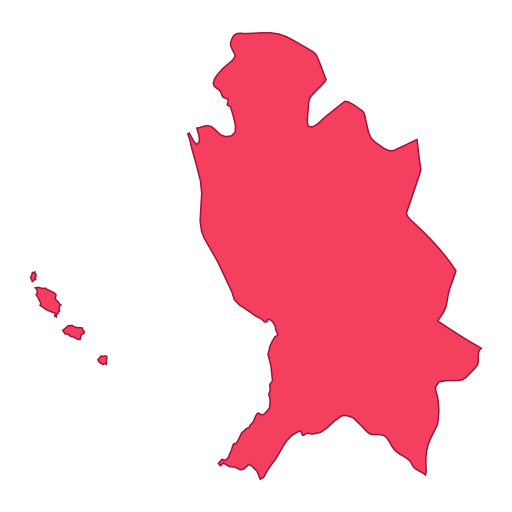 outline of Nayarit
{"feature_id": "MEX-2721", "entity_name": "Nayarit", "entity_type": "State", "adm_level": 1, "iso_a3": "MEX", "parent_name": "Mexico", "parent_adm1": "", "projection": "robinson", "projection_center": [-105.251, 21.861], "detail": "fine", "context": "isolated", "style": "filled", "palette": "rose", "viewbox_px": 512, "rotation_deg": 0, "n_neighbors": 0, "source": "natural_earth", "source_scale": "10m", "svg_char_len": 5104}
<svg xmlns="http://www.w3.org/2000/svg" viewBox="0 0 512 512"><path d="M260.2,479.2L257.0,471.2L251.8,466.0L248.5,464.5L247.2,466.0L244.1,468.9L240.4,469.9L235.3,467.2L229.3,466.6L223.5,463.0L220.4,465.7L218.4,463.5L220.0,461.5L221.9,459.4L223.4,459.7L225.1,460.3L228.0,458.1L229.8,453.6L231.3,450.8L232.4,446.8L233.1,444.7L234.2,443.5L235.7,443.9L238.1,440.4L241.6,432.9L247.0,428.2L249.1,427.5L250.3,425.0L253.0,422.2L254.5,418.9L255.6,416.2L257.1,413.6L258.9,413.0L260.1,414.4L262.0,414.5L263.5,414.7L266.9,411.2L269.5,407.9L270.1,402.3L269.7,397.3L268.7,394.6L270.2,390.0L269.7,384.7L272.5,380.7L270.9,365.6L268.0,354.5L270.1,345.7L271.9,342.1L274.6,337.0L277.6,335.4L277.3,333.4L275.8,329.8L275.1,325.9L273.8,323.5L272.2,321.3L270.2,319.8L267.9,319.4L266.9,321.8L264.7,322.0L261.8,319.2L255.5,315.9L243.7,307.6L240.0,305.4L234.3,299.7L231.9,292.0L217.8,261.9L204.2,238.1L201.5,231.1L200.1,220.7L201.7,193.5L200.5,181.0L196.1,163.9L192.1,149.7L189.8,139.9L187.8,134.0L189.2,133.0L191.0,136.2L193.7,141.4L196.6,144.5L199.2,141.9L199.4,138.6L198.8,135.0L197.8,131.4L196.8,128.1L200.4,127.4L203.9,126.2L207.3,125.6L210.9,126.4L213.6,128.2L215.9,130.4L218.2,132.7L220.6,134.8L225.9,136.7L231.5,135.8L235.3,132.0L235.4,125.3L234.4,120.7L233.2,115.8L231.8,111.0L230.4,106.7L229.8,106.1L228.8,105.8L227.8,105.4L227.2,104.8L227.3,103.7L227.8,102.3L228.2,100.8L228.1,99.8L226.6,98.5L224.8,98.0L223.1,97.2L221.9,95.4L221.0,92.7L220.2,91.1L219.1,90.0L217.3,88.6L215.9,87.7L214.7,86.6L213.8,85.3L213.3,83.5L214.2,79.6L216.8,75.5L220.0,71.7L222.6,68.8L225.2,66.4L228.4,63.8L231.5,61.2L233.8,58.6L235.0,56.2L234.9,54.4L233.9,52.7L232.6,50.2L231.2,47.0L230.5,44.9L230.7,42.6L231.8,39.0L233.8,35.4L236.6,33.7L240.1,33.2L244.2,33.6L252.6,33.3L261.5,32.8L270.2,32.8L278.5,33.9L286.3,36.6L294.2,40.8L302.0,45.4L309.3,49.5L312.8,51.6L315.1,53.5L316.8,55.9L318.4,59.7L320.4,64.7L322.3,69.7L324.2,74.7L326.1,79.7L324.7,82.0L321.0,86.0L316.9,90.0L314.6,92.4L311.5,95.7L309.7,98.4L308.8,101.6L308.4,106.4L308.0,111.0L307.5,117.1L307.4,122.8L308.4,126.5L312.7,126.9L317.3,124.1L321.7,120.2L325.2,116.9L330.1,113.0L335.0,109.1L339.9,105.2L344.8,101.3L348.2,101.8L353.5,104.7L358.8,108.4L362.3,110.9L363.7,112.6L364.6,114.9L365.2,117.5L365.7,119.9L367.2,126.5L368.7,132.8L371.2,138.3L375.5,142.5L379.6,145.3L384.3,148.6L389.2,150.8L393.6,150.6L399.4,147.8L405.3,145.1L411.1,142.3L416.9,139.5L417.9,146.9L418.8,154.4L419.7,161.8L420.8,169.1L420.4,171.7L419.6,174.3L418.7,176.9L417.8,179.5L415.7,185.8L413.6,192.0L411.5,198.3L409.4,204.6L407.4,209.9L406.5,213.5L407.5,216.4L410.9,220.2L417.5,226.3L424.0,232.5L430.3,238.9L436.5,245.6L441.7,251.6L446.6,257.7L451.3,264.0L455.9,270.6L455.2,273.2L453.4,278.6L451.3,284.2L450.0,287.8L449.2,290.8L448.4,293.8L447.8,296.8L447.3,300.0L446.1,306.2L444.1,311.3L441.2,316.0L437.6,320.9L448.4,328.1L459.3,335.1L470.2,341.8L480.1,347.6L481.3,348.3L479.3,350.2L478.4,353.6L478.4,361.7L477.4,365.0L475.1,368.1L465.7,377.7L462.5,379.7L458.7,380.5L445.9,380.7L440.1,381.7L439.1,381.8L436.9,385.0L435.4,387.3L435.8,390.7L437.1,395.3L437.8,398.6L438.3,402.3L438.6,406.1L438.8,409.6L438.8,410.3L438.8,411.1L438.8,411.8L438.7,412.6L438.4,416.6L438.1,420.7L437.4,424.7L435.7,428.2L434.8,429.9L434.0,431.7L433.1,433.5L432.2,435.2L429.7,440.6L427.8,445.7L426.6,451.2L425.9,457.5L425.9,460.5L425.9,463.6L426.0,466.6L426.1,469.6L426.2,471.0L426.1,472.3L425.8,473.6L425.5,474.9L422.1,472.6L418.0,470.4L414.4,468.0L412.4,465.2L410.3,461.3L407.0,458.4L403.3,456.1L399.7,454.1L396.4,451.6L393.8,449.0L391.7,446.0L389.6,442.1L386.4,437.2L383.0,435.1L378.9,434.6L374.0,434.7L370.3,434.1L367.3,432.1L364.6,429.3L362.0,426.3L360.5,425.1L359.2,423.7L357.9,422.4L356.6,421.0L354.3,418.9L352.7,417.6L350.8,416.8L347.7,415.9L346.1,415.6L344.5,415.5L342.9,415.7L341.3,416.1L334.3,421.2L327.6,427.4L320.4,432.5L312.2,434.1L310.7,433.8L309.0,433.5L307.3,433.3L305.9,433.7L305.1,434.3L304.3,434.9L303.5,435.3L302.5,435.2L301.9,434.2L301.6,432.6L300.7,431.4L298.5,431.5L292.4,435.0L287.2,440.2L282.9,446.5L279.2,453.1L275.6,459.1L271.4,464.7L267.4,470.4L264.1,476.6L262.3,478.2L260.2,479.2ZM59.6,306.2L59.0,307.7L59.4,309.6L59.7,310.9L58.4,311.6L58.2,312.7L57.4,313.8L56.4,315.0L56.3,316.7L55.6,316.1L54.8,316.3L54.9,315.2L55.5,314.1L54.3,312.8L53.1,312.5L46.7,309.9L40.1,305.4L40.3,304.7L40.6,303.9L40.5,302.4L39.4,300.7L38.4,298.2L36.8,295.7L36.1,294.5L37.2,293.7L37.2,291.8L37.0,289.6L35.3,287.9L38.4,287.3L41.9,288.4L45.3,288.2L47.3,289.5L53.8,292.6L56.0,294.7L55.7,296.4L55.2,298.7L57.3,301.1L58.6,302.4L59.4,303.9L60.2,304.6L60.9,305.0L59.6,306.2ZM77.4,327.6L80.4,327.8L82.5,328.0L82.7,329.9L84.1,331.3L84.2,333.1L81.2,334.6L80.6,337.6L80.1,339.6L77.6,339.2L73.3,336.9L70.9,336.6L68.3,334.4L65.1,333.8L62.8,330.4L66.2,327.6L68.3,325.5L70.1,325.9L72.0,325.3L74.0,326.8L77.4,327.6ZM106.9,357.1L106.6,360.9L106.3,364.2L104.8,363.5L103.1,364.5L99.3,362.3L97.8,359.7L101.0,356.1L104.0,356.3L105.6,355.8L106.3,356.3L106.9,357.1ZM34.9,271.9L35.0,273.4L35.8,273.9L36.1,276.3L34.9,277.7L35.8,279.0L32.3,281.5L30.7,277.7L31.6,275.0L32.5,272.4L33.6,273.0L34.9,271.9Z" fill="#f43f5e" stroke="#9f1239" stroke-width="1.5"/></svg>